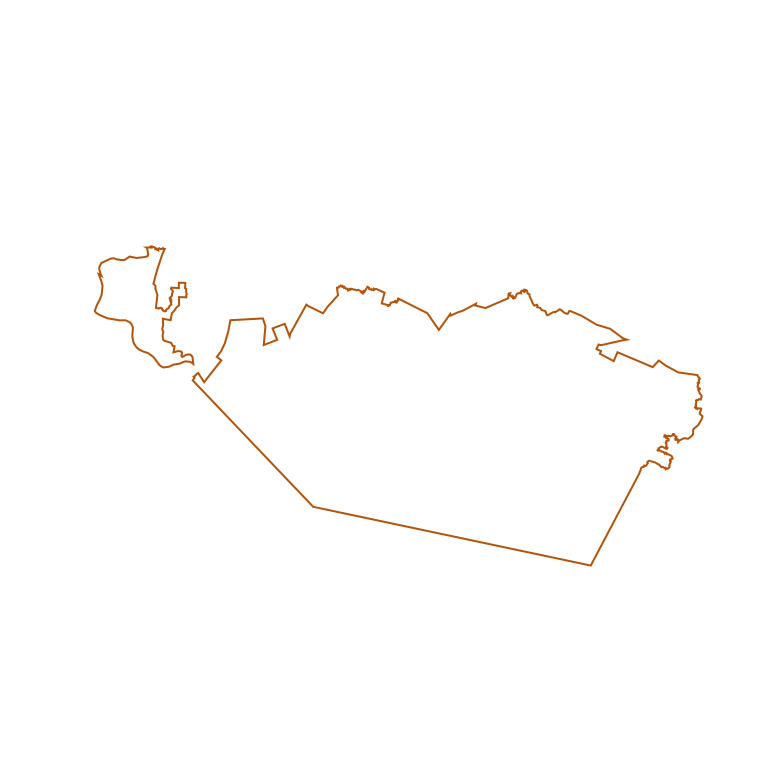 Loma Bonita, Oaxaca, Mexico (Albers equal-area conic projection), rotated 112°
{"feature_id": "50627088B96812513465333", "entity_name": "Loma Bonita", "entity_type": "district", "adm_level": 2, "iso_a3": "MEX", "parent_name": "Mexico", "parent_adm1": "Oaxaca", "projection": "albers", "projection_center": [-95.917, 17.963], "detail": "fine", "context": "isolated", "style": "outline", "palette": "amber", "viewbox_px": 768, "rotation_deg": 112, "n_neighbors": 0, "source": "geoboundaries", "source_scale": "gbopen_adm2", "svg_char_len": 6050}
<svg xmlns="http://www.w3.org/2000/svg" viewBox="0 0 768 768"><g transform="rotate(112 384 384)"><path d="M452.3,562.7L524.4,403.6L474.9,124.3L370.6,113.7L369.6,114.0L367.9,113.7L366.7,114.1L365.2,114.0L364.5,113.6L363.7,112.2L362.8,112.4L362.1,112.2L362.2,111.2L361.4,110.2L360.1,110.2L358.7,109.7L358.1,110.4L357.4,110.6L355.8,109.4L355.2,103.5L355.4,101.2L355.8,100.2L355.6,98.8L356.4,97.6L356.5,96.6L357.1,96.0L357.1,95.5L356.4,94.5L356.8,92.7L356.3,92.0L357.5,90.9L356.3,90.3L356.3,89.3L355.6,88.7L354.1,88.2L353.5,88.3L353.0,89.0L351.7,88.9L350.8,89.3L349.5,88.8L348.7,89.3L348.3,89.2L348.1,90.2L347.3,90.5L346.6,90.3L346.3,89.5L345.6,89.2L345.3,88.5L345.0,88.4L343.0,90.3L342.7,94.2L343.2,95.4L342.4,95.6L342.2,96.6L343.3,97.5L342.5,98.0L342.9,98.6L342.4,99.3L342.6,101.7L342.2,102.3L342.5,103.0L342.1,104.0L343.2,105.1L342.9,105.6L341.9,105.0L340.8,105.4L340.5,104.8L339.0,104.2L337.9,102.7L338.4,97.6L337.6,97.2L336.9,97.4L337.2,97.9L337.0,98.6L335.6,99.2L334.7,99.0L333.5,99.9L333.2,100.6L332.5,100.2L331.9,100.8L330.6,100.7L329.9,99.0L329.2,99.0L328.3,100.0L328.0,101.5L328.3,102.3L327.5,103.1L327.8,104.4L326.4,104.6L326.1,103.9L326.6,103.1L326.3,102.6L326.3,101.8L325.3,100.6L325.4,99.0L324.1,98.0L323.6,97.1L322.2,97.3L321.8,96.6L322.2,95.8L323.1,95.1L323.3,93.0L324.3,93.0L325.4,93.5L326.5,93.1L326.6,92.4L325.3,91.5L325.3,90.6L325.7,90.2L327.4,89.8L327.8,89.5L325.6,88.9L322.2,85.8L321.6,84.9L321.0,82.0L320.6,81.2L315.7,78.7L314.6,78.7L310.8,80.2L309.0,79.8L304.7,77.4L297.9,76.3L295.0,76.5L294.5,76.8L293.4,80.1L292.3,80.4L289.1,80.3L288.2,80.6L288.1,81.8L288.8,82.8L288.9,83.9L289.9,84.3L289.7,85.3L289.9,85.5L289.2,86.9L288.8,86.8L288.5,86.1L288.0,86.7L287.0,86.5L286.3,87.3L284.6,87.4L282.4,88.5L281.8,88.3L281.3,86.8L280.0,86.3L279.7,84.5L276.5,84.9L275.8,85.2L274.6,87.5L271.3,90.8L270.3,90.8L270.4,89.3L269.9,89.4L269.6,91.6L269.0,92.4L267.0,92.6L265.4,93.6L265.2,93.5L265.1,92.5L264.6,92.4L262.3,93.7L260.8,93.1L260.3,93.7L259.4,95.8L258.3,96.7L263.0,115.5L261.4,129.7L259.3,138.0L267.7,141.2L267.1,179.4L276.7,179.6L275.1,195.2L272.2,195.1L272.0,200.1L267.0,199.8L266.7,197.3L254.2,179.2L251.9,175.5L252.1,179.7L248.1,194.9L249.4,209.0L246.7,226.8L246.6,239.0L246.8,239.5L250.0,239.9L250.5,241.3L250.3,243.9L249.0,247.3L248.9,249.1L253.3,252.1L253.2,252.8L253.8,253.8L255.6,255.4L258.4,257.4L259.1,258.3L258.9,259.1L257.2,260.4L255.9,262.0L256.4,265.5L254.9,267.6L255.4,270.7L254.2,271.0L253.2,271.7L255.0,274.0L252.7,277.3L251.3,278.3L248.7,281.3L247.5,282.3L246.3,282.7L246.4,284.7L244.4,285.9L243.6,287.4L244.0,289.2L245.4,288.0L246.1,288.3L246.0,289.4L245.5,290.6L246.2,291.4L247.5,291.7L248.6,290.9L249.3,293.2L250.1,294.1L251.1,294.6L255.1,294.7L256.3,296.0L256.2,296.5L254.6,296.7L254.3,297.3L255.1,297.2L255.5,297.6L255.2,298.8L254.5,299.5L254.9,300.7L253.7,301.9L253.1,301.0L252.5,301.0L253.5,302.3L258.0,301.0L275.6,318.4L277.0,328.6L275.1,328.8L287.1,338.9L289.7,342.2L295.5,347.7L294.2,348.8L313.3,353.4L302.1,370.4L299.5,402.0L299.8,401.8L300.0,402.8L301.2,402.2L301.4,402.7L303.1,402.7L303.0,403.2L303.8,402.9L303.9,403.7L302.9,404.9L304.5,405.6L304.9,406.8L305.6,407.3L306.2,408.3L308.3,408.0L308.7,408.7L309.9,408.8L310.1,409.6L309.3,409.7L310.1,416.3L299.1,417.7L298.8,426.8L299.4,427.8L300.2,428.1L299.7,429.2L300.8,429.2L300.7,430.3L301.3,430.5L300.9,431.4L301.4,431.7L301.4,433.5L300.3,433.9L300.1,435.8L305.9,436.6L305.3,437.7L305.8,438.0L306.9,437.5L307.3,437.9L308.0,437.7L307.6,439.4L306.7,439.7L306.4,443.2L307.5,444.7L307.4,446.6L307.9,447.5L307.8,449.5L308.5,451.2L309.2,450.5L310.8,452.4L309.3,453.5L310.0,455.1L309.2,456.1L309.8,456.9L308.9,457.4L309.4,457.9L308.7,459.0L309.5,459.3L309.4,460.4L309.0,460.9L310.2,461.5L310.6,462.4L311.7,462.3L312.2,463.6L312.5,463.6L319.0,459.9L333.7,465.3L341.3,467.0L340.1,483.4L339.5,485.7L372.5,489.8L375.3,489.3L365.4,498.6L374.2,508.1L383.1,499.6L392.9,510.1L374.8,515.6L368.6,520.9L382.4,550.3L394.2,548.0L406.0,546.8L415.1,547.4L421.4,549.2L423.0,543.7L449.7,551.5L443.4,560.4L444.8,561.4L447.7,562.5L448.6,563.2L449.3,562.0L452.3,562.7ZM389.1,689.6L394.4,684.7L398.5,681.7L407.3,679.2L411.8,679.1L418.7,679.8L424.6,679.5L425.8,677.8L426.5,673.6L426.7,665.2L424.0,652.9L421.7,647.3L422.0,643.0L422.6,641.2L425.1,638.4L426.9,637.5L433.4,635.5L435.3,634.5L438.9,632.1L440.3,630.8L441.5,629.1L442.9,626.6L443.7,624.1L444.1,619.2L443.7,614.3L445.2,608.4L446.2,606.3L450.5,599.5L451.1,597.4L451.3,594.7L448.6,589.9L444.9,586.4L441.4,580.7L439.1,578.6L437.4,576.6L436.1,572.3L436.3,570.3L436.9,568.3L430.5,571.8L429.3,574.3L429.5,575.6L431.0,578.3L434.5,581.1L434.0,582.3L433.0,582.6L431.6,582.4L430.4,583.3L429.8,584.5L430.3,585.5L430.5,587.1L433.5,591.1L427.5,592.3L427.8,594.1L425.6,596.7L426.2,603.7L426.0,604.8L425.4,605.6L422.1,607.4L418.4,608.1L416.2,610.2L412.1,610.8L406.3,613.5L404.8,605.7L398.0,607.2L395.0,606.0L391.1,605.2L387.7,603.5L380.2,606.6L377.7,599.8L376.0,600.6L374.7,600.5L374.0,600.8L373.1,601.8L369.8,603.1L369.7,604.4L369.4,604.6L367.6,604.9L364.7,606.2L366.9,612.1L371.9,610.2L374.4,617.3L375.7,617.0L376.5,615.0L377.4,614.4L379.9,614.3L381.5,613.7L382.3,613.8L384.2,614.9L384.8,614.8L384.8,614.1L385.1,613.3L385.9,613.9L386.5,613.6L386.2,612.7L387.2,611.9L387.8,612.5L390.0,611.0L391.8,612.1L393.7,612.0L394.8,612.3L395.3,613.1L397.0,613.8L397.9,613.5L398.7,614.1L398.7,616.6L398.0,617.1L397.9,617.7L396.9,618.3L397.0,619.4L397.3,620.1L398.3,620.9L398.3,621.8L398.7,622.5L398.9,624.0L386.4,627.4L381.1,631.8L378.6,632.6L377.5,635.3L365.1,636.9L354.3,637.7L347.0,638.1L340.9,637.9L341.4,639.4L340.9,639.9L342.2,640.6L342.6,642.5L342.3,643.0L343.2,643.6L343.9,643.5L344.1,643.8L343.7,644.4L344.6,643.7L344.4,645.1L343.6,645.6L344.6,646.5L343.7,647.1L343.3,647.8L343.4,651.0L343.9,651.5L344.7,650.7L344.9,651.1L344.1,651.8L344.1,652.2L345.5,653.0L346.5,655.4L346.6,654.8L348.7,653.3L352.3,651.1L354.0,651.0L355.9,653.4L359.9,660.7L361.1,667.6L366.0,670.9L367.2,673.1L368.6,678.6L368.6,681.5L370.3,684.6L377.7,691.4L381.9,691.7L383.8,691.3L388.3,688.0L389.5,686.6L389.1,689.6Z" fill="none" stroke="#b45309" stroke-width="2"/></g></svg>